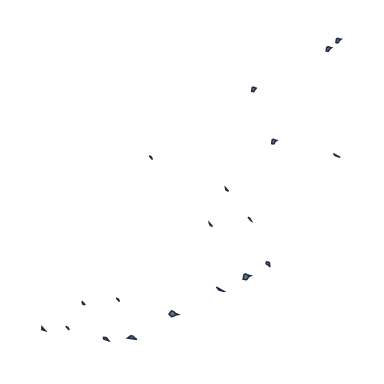 SVG path tracing the border of Shaviyani, rotated 86°
{"feature_id": "MDV-5225", "entity_name": "Shaviyani", "entity_type": "Atoll", "adm_level": 1, "iso_a3": "MDV", "parent_name": "Maldives", "parent_adm1": "", "projection": "robinson", "projection_center": [73.113, 6.266], "detail": "fine", "context": "isolated", "style": "filled", "palette": "slate", "viewbox_px": 384, "rotation_deg": 86, "n_neighbors": 0, "source": "natural_earth", "source_scale": "10m", "svg_char_len": 1843}
<svg xmlns="http://www.w3.org/2000/svg" viewBox="0 0 384 384"><g transform="rotate(86 192 192)"><path d="M313.3,214.3L313.6,217.1L314.7,219.2L314.9,221.2L312.2,223.5L309.2,220.8L309.8,219.0L311.8,217.1L313.3,214.3ZM279.6,139.3L280.5,141.6L281.3,142.0L282.1,142.5L283.3,143.8L282.6,147.1L278.1,145.9L278.0,145.7L277.4,144.3L278.8,142.0L279.6,139.3ZM335.2,257.3L333.2,266.5L331.1,263.0L331.6,261.1L333.4,259.6L335.2,257.3ZM57.8,42.8L59.0,44.7L60.5,45.6L60.8,46.0L61.3,46.5L60.6,48.3L57.2,47.5L57.0,47.2L56.5,46.1L57.3,44.4L57.8,42.8ZM50.0,32.6L51.3,34.5L52.7,35.4L53.3,36.0L53.5,36.2L53.5,36.3L52.9,38.0L49.4,37.2L48.8,36.0L49.7,34.2L50.0,32.6ZM146.5,103.8L147.5,105.6L149.1,106.4L149.8,107.3L149.3,109.1L145.6,108.4L145.1,107.0L146.0,105.3L146.5,103.8ZM92.9,120.2L92.9,120.3L94.0,121.9L94.2,122.0L95.6,122.9L95.9,123.2L96.3,123.7L95.7,125.5L92.2,124.7L91.6,123.5L92.6,121.7L92.9,120.2ZM272.2,119.3L270.4,120.8L269.5,122.3L268.3,123.1L266.9,122.5L267.5,120.1L268.7,119.6L270.4,119.7L272.2,119.3ZM334.8,285.1L334.8,285.3L333.7,287.2L333.2,289.0L332.5,290.3L331.1,290.5L330.9,290.5L331.1,288.0L332.1,286.9L333.3,286.3L334.8,285.1ZM293.3,167.2L293.3,167.3L291.7,172.0L288.7,174.1L288.4,174.4L288.8,174.0L293.3,167.2ZM320.1,348.0L318.8,351.4L316.1,351.1L320.1,348.0ZM297.3,306.4L297.2,306.5L296.2,308.8L293.3,309.4L297.3,306.4ZM167.8,41.8L165.9,46.2L163.7,48.2L163.6,48.4L167.8,41.8ZM193.9,155.4L193.8,155.5L192.4,158.0L190.2,158.4L189.9,158.4L193.9,155.4ZM227.9,174.0L226.1,176.4L223.8,177.0L223.7,177.0L227.9,174.0ZM156.8,229.2L156.7,229.3L153.0,232.1L152.9,232.2L154.0,230.3L156.8,229.2ZM321.1,324.2L321.0,324.3L317.5,327.0L317.1,327.2L318.7,325.1L321.1,324.2ZM296.2,272.0L292.4,275.0L293.8,272.9L296.2,272.0ZM224.9,134.9L224.7,135.2L221.2,137.8L221.0,138.0L222.2,136.2L224.9,134.9Z" fill="#64748b" stroke="#1e293b" stroke-width="1.5"/></g></svg>